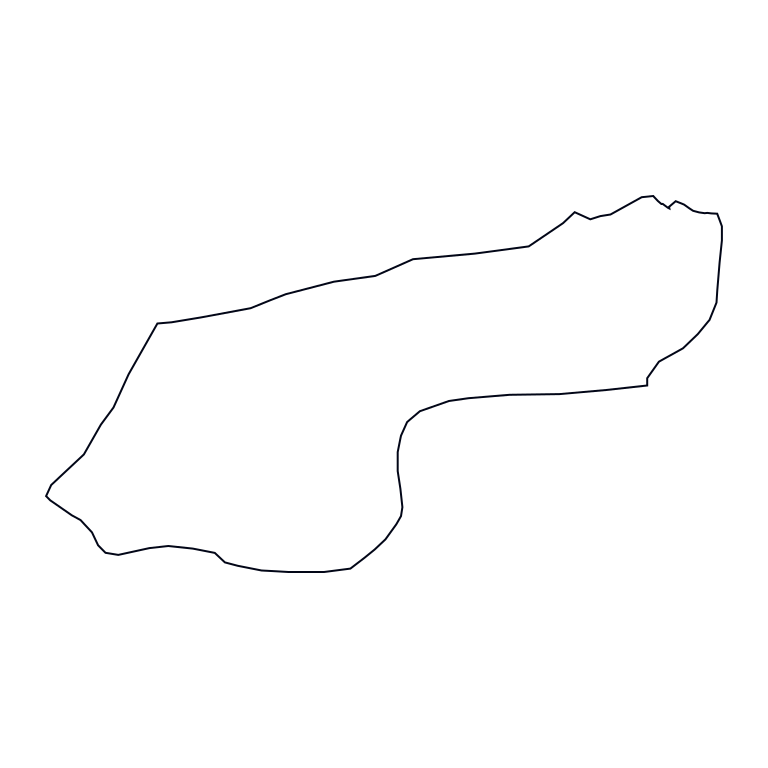 Ekiti, Kwara, Nigeria
{"feature_id": "59680162B94527775336179", "entity_name": "Ekiti", "entity_type": "district", "adm_level": 2, "iso_a3": "NGA", "parent_name": "Nigeria", "parent_adm1": "Kwara", "projection": "albers", "projection_center": [5.38, 8.111], "detail": "fine", "context": "isolated", "style": "outline", "palette": "ink", "viewbox_px": 768, "rotation_deg": 0, "n_neighbors": 0, "source": "geoboundaries", "source_scale": "gbopen_adm2", "svg_char_len": 1306}
<svg xmlns="http://www.w3.org/2000/svg" viewBox="0 0 768 768"><path d="M410.2,419.4L419.9,411.2L448.9,401.0L468.5,398.2L509.6,394.8L559.5,394.1L606.1,390.0L647.2,385.5L647.2,378.2L658.9,361.7L664.6,358.5L683.0,348.3L697.8,334.1L708.1,321.6L709.5,320.0L716.5,302.6L717.3,290.1L719.6,262.5L721.9,240.5L721.9,226.3L720.0,221.1L717.2,213.7L711.2,213.4L707.3,212.9L704.7,213.2L699.1,212.4L693.1,210.8L689.3,208.3L684.1,204.6L681.5,203.5L678.2,202.2L675.7,201.2L669.1,206.8L669.4,208.5L667.8,207.7L662.7,203.9L661.4,204.0L657.9,201.0L653.2,196.0L641.7,197.2L610.5,214.5L600.4,216.1L590.3,219.3L574.7,212.2L563.1,223.1L528.7,246.4L474.9,253.6L413.0,259.2L375.3,275.9L353.1,279.0L333.9,281.7L285.8,294.2L270.4,300.2L250.6,308.2L201.1,317.4L171.5,322.3L157.4,323.5L128.6,374.3L113.5,407.5L100.9,424.6L83.9,454.4L51.2,485.0L46.1,496.1L50.2,500.3L71.8,515.3L80.6,520.1L83.9,523.7L92.0,532.4L98.1,545.3L105.5,552.8L118.3,554.9L149.4,548.1L168.3,546.0L192.8,548.6L199.5,549.9L214.8,552.9L224.9,562.4L237.8,565.8L261.6,570.5L274.8,571.2L288.4,572.0L290.7,572.0L314.8,572.0L324.1,572.0L350.4,568.6L364.6,557.7L374.7,549.5L385.5,539.3L396.3,524.3L398.5,520.5L401.0,516.1L402.4,507.2L400.4,488.8L397.7,471.1L397.7,452.1L400.2,439.5L401.0,435.7L407.1,422.1L410.2,419.4Z" fill="none" stroke="#020617" stroke-width="2"/></svg>